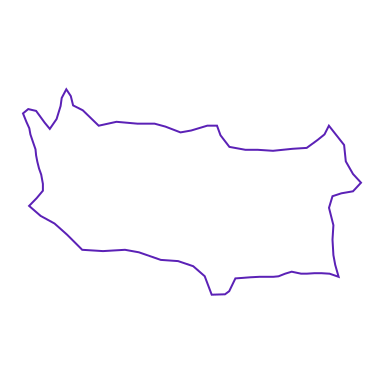 the district of Kato Dikomo, Cyprus
{"feature_id": "46923920B88544101025022", "entity_name": "Kato Dikomo", "entity_type": "district", "adm_level": 2, "iso_a3": "CYP", "parent_name": "Cyprus", "parent_adm1": "", "projection": "equal_earth", "projection_center": [33.315, 35.258], "detail": "fine", "context": "isolated", "style": "outline", "palette": "violet", "viewbox_px": 384, "rotation_deg": 0, "n_neighbors": 0, "source": "geoboundaries", "source_scale": "gbopen_adm2", "svg_char_len": 1126}
<svg xmlns="http://www.w3.org/2000/svg" viewBox="0 0 384 384"><path d="M211.7,294.7L225.0,294.3L229.2,291.2L235.4,278.4L242.5,277.9L250.1,277.3L259.5,276.8L267.1,276.8L273.3,276.8L278.5,276.3L285.1,273.7L291.7,271.7L301.2,273.7L306.4,273.7L314.4,273.2L321.5,273.2L329.6,273.7L338.6,276.8L335.2,264.8L333.4,255.1L332.5,239.7L333.4,225.2L329.0,207.8L332.5,196.2L341.4,193.3L353.0,191.3L361.0,182.7L353.0,174.0L345.8,161.4L344.1,145.0L328.9,125.7L324.5,134.4L317.4,140.1L306.7,147.9L292.5,148.8L273.0,150.8L257.8,149.8L245.4,149.8L229.4,146.9L220.5,135.3L217.0,125.7L207.2,125.7L191.2,130.5L180.5,132.4L165.4,126.6L154.7,123.7L137.8,123.7L116.5,121.8L98.7,125.7L82.8,110.3L73.1,105.4L70.8,96.1L66.3,89.3L61.7,98.0L60.6,106.0L56.6,119.0L49.8,128.9L44.7,122.7L36.1,110.9L28.2,109.1L23.0,113.4L26.5,122.1L29.3,128.3L30.4,134.4L32.7,141.2L35.5,149.3L36.1,155.4L37.3,161.6L39.0,168.4L41.2,174.6L42.9,183.9L42.9,190.7L36.7,198.1L29.1,205.9L40.6,215.9L54.5,223.5L67.2,234.8L82.2,249.8L103.0,251.1L125.0,249.8L138.9,252.3L160.8,259.9L178.1,261.1L193.2,266.2L204.7,276.2L211.7,294.7Z" fill="none" stroke="#5b21b6" stroke-width="2"/></svg>